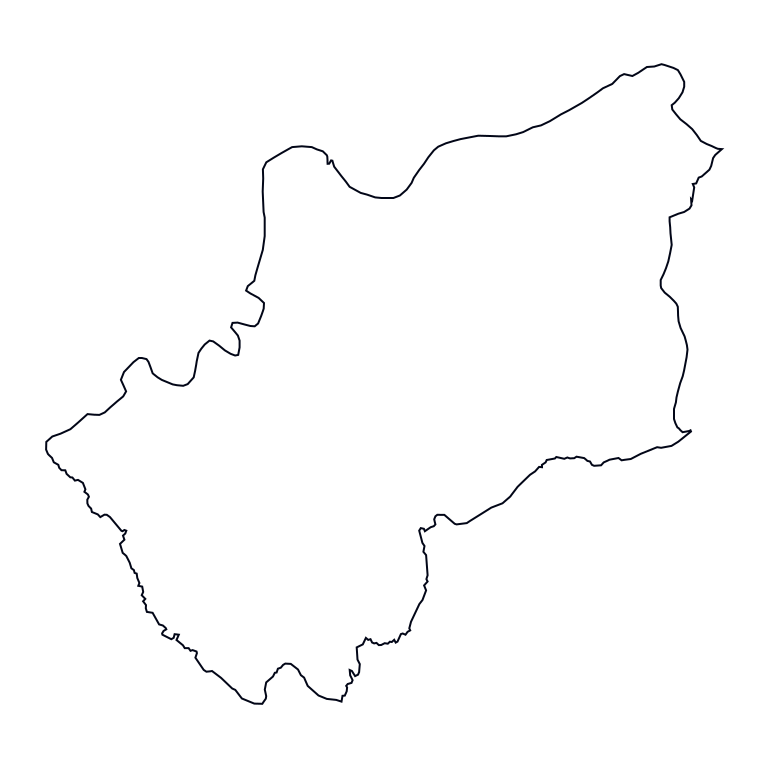 Luozi, Bas-Congo, Democratic Republic of the Congo
{"feature_id": "63176286B40063645047483", "entity_name": "Luozi", "entity_type": "district", "adm_level": 2, "iso_a3": "COD", "parent_name": "Democratic Republic of the Congo", "parent_adm1": "Bas-Congo", "projection": "mercator", "projection_center": [13.9, -4.819], "detail": "fine", "context": "isolated", "style": "outline", "palette": "ink", "viewbox_px": 768, "rotation_deg": 0, "n_neighbors": 0, "source": "geoboundaries", "source_scale": "gbopen_adm2", "svg_char_len": 5602}
<svg xmlns="http://www.w3.org/2000/svg" viewBox="0 0 768 768"><path d="M691.0,431.5L690.5,430.3L689.2,431.0L682.6,432.2L680.4,430.2L678.8,428.3L677.4,427.4L675.4,423.2L674.0,419.0L674.0,414.0L674.0,408.9L675.9,402.4L676.5,397.4L677.9,391.5L680.2,383.1L682.7,376.3L684.1,370.4L686.6,357.2L687.5,349.6L686.9,345.1L685.8,340.7L684.6,336.4L680.6,328.0L678.6,321.3L678.1,315.6L678.0,311.7L677.8,306.7L676.3,303.6L674.0,301.0L669.8,296.8L664.7,292.6L661.2,288.1L660.7,285.6L660.7,280.0L663.5,274.3L666.0,268.2L668.3,261.4L670.0,253.6L671.7,244.9L670.5,233.3L670.2,227.4L669.6,221.3L669.6,217.3L678.4,213.7L684.1,212.0L689.5,208.6L691.5,205.3L691.1,199.2L692.2,200.5L694.2,187.4L692.8,184.0L696.2,183.4L698.7,177.6L701.7,176.5L709.4,169.7L711.2,165.9L713.1,158.1L715.2,155.0L721.9,149.1L717.8,148.8L715.8,148.0L711.6,146.0L706.7,144.0L700.8,140.9L696.8,135.0L692.2,129.1L686.5,124.1L680.3,119.3L676.0,114.2L672.3,109.5L671.7,105.2L674.8,102.7L678.8,98.2L682.5,92.3L684.2,86.7L684.2,81.9L680.5,74.4L677.9,70.1L673.4,67.9L664.6,65.0L661.5,64.2L654.3,66.5L646.9,67.0L642.7,69.8L638.1,72.9L632.4,76.0L624.1,74.1L619.9,76.1L612.3,83.9L602.9,88.3L597.5,92.3L588.7,98.4L581.9,102.9L574.0,107.4L569.1,110.2L560.9,114.4L554.4,118.4L549.8,121.2L541.0,125.4L532.8,127.3L523.1,132.1L516.0,134.3L506.4,136.3L498.1,136.3L489.9,136.0L478.3,135.7L469.4,137.4L460.6,139.1L453.5,141.0L445.9,143.3L438.2,146.7L433.9,150.3L428.3,157.3L424.0,163.8L419.2,170.0L413.8,177.8L411.6,182.9L406.7,189.6L399.9,195.5L393.4,198.0L381.5,198.0L375.2,197.4L367.0,194.6L360.7,192.9L355.6,190.1L349.6,186.8L345.9,181.7L341.4,176.1L334.2,166.7L332.8,162.2L332.4,160.7L331.1,160.4L329.2,163.7L327.6,163.8L327.5,162.0L327.5,160.2L327.4,158.4L327.3,156.6L326.8,155.2L322.8,151.3L316.9,149.4L311.8,147.1L301.8,146.3L292.1,147.1L288.5,149.1L281.6,153.0L274.0,157.5L266.3,162.3L262.9,169.3L263.2,178.5L262.7,191.5L263.6,212.0L264.7,217.6L264.7,236.1L262.8,249.9L257.4,268.2L255.4,275.2L254.3,280.8L247.8,286.1L246.1,290.6L250.3,293.4L258.6,297.9L264.0,303.0L263.7,308.6L262.9,311.1L261.2,315.9L258.1,323.5L254.7,326.3L250.4,326.0L245.0,324.6L237.6,322.6L232.5,322.9L231.1,327.4L235.4,332.5L237.9,335.6L239.6,340.6L239.6,347.4L238.2,354.9L235.1,355.5L230.6,353.8L224.9,350.4L219.2,345.7L213.2,341.4L209.5,340.6L204.7,344.5L201.3,348.7L198.5,352.9L196.7,361.4L196.2,364.7L195.1,370.9L193.7,377.4L187.7,384.1L183.2,385.8L176.9,385.2L172.7,384.4L166.4,381.8L161.8,379.9L157.6,377.3L152.7,373.4L150.5,367.2L148.5,361.9L146.5,359.1L141.9,358.0L138.8,358.0L133.4,362.2L129.4,366.4L124.0,372.0L120.9,379.8L123.5,385.5L126.1,391.4L123.2,396.4L117.0,401.5L110.2,407.4L104.8,412.4L99.4,414.9L94.0,414.7L87.5,414.1L83.5,417.7L77.8,422.8L70.4,429.2L60.5,433.7L52.3,436.5L46.3,441.9L46.1,449.6L47.9,453.9L48.9,455.0L52.0,457.9L53.8,462.3L58.3,464.8L59.2,467.8L61.1,469.8L61.5,470.2L65.3,470.3L66.6,473.9L70.3,477.3L72.4,477.5L74.9,480.6L78.0,479.9L82.9,482.9L85.4,489.3L84.4,491.8L87.8,494.4L88.2,495.1L88.9,496.8L87.3,499.7L87.4,503.4L88.5,505.9L90.6,508.1L91.1,508.5L91.9,512.0L97.8,514.4L100.3,517.1L104.4,514.7L105.0,514.7L106.8,514.8L110.0,517.1L121.4,530.8L122.5,531.2L124.4,530.0L126.3,530.7L125.7,532.3L125.3,533.5L123.0,535.6L124.4,539.7L120.0,543.9L122.7,552.9L124.9,554.7L126.3,556.0L129.7,562.7L131.4,568.3L133.9,570.1L134.6,572.9L136.7,573.6L137.3,578.0L139.4,583.0L138.3,585.8L142.2,586.6L143.2,591.9L142.6,593.3L141.7,595.2L145.3,598.9L143.1,601.3L146.0,605.1L145.8,608.3L146.9,611.9L152.6,612.8L159.1,624.4L162.9,625.5L165.7,628.0L166.3,629.3L163.6,630.9L162.1,633.4L162.4,634.7L171.3,639.2L173.7,637.8L174.6,634.2L176.6,634.4L178.8,634.7L176.5,640.0L183.0,645.3L184.7,648.1L188.6,648.1L190.5,650.8L192.6,650.1L196.5,651.5L196.7,652.1L196.9,653.2L195.4,657.7L203.7,669.9L206.4,671.7L210.4,671.3L212.0,671.0L219.4,676.6L221.1,677.9L232.2,688.5L235.3,689.9L240.8,697.1L241.9,698.5L254.3,703.6L262.3,703.8L263.6,701.8L265.8,698.7L266.2,696.1L264.8,689.6L266.2,682.4L273.0,676.5L274.8,672.8L276.6,672.5L277.9,668.7L280.8,667.7L282.2,666.0L283.1,664.9L285.3,663.6L290.8,663.9L298.0,669.5L300.9,675.2L304.1,677.6L305.6,681.1L307.7,685.9L318.5,695.5L326.8,698.9L336.2,699.9L341.5,701.6L342.5,695.8L344.8,695.6L346.7,691.3L347.1,687.4L346.2,685.9L347.7,684.0L351.5,682.9L352.6,680.2L351.0,676.9L350.2,675.4L349.7,670.0L351.9,671.0L355.1,676.1L358.1,674.6L358.4,673.7L359.1,672.2L359.8,664.1L357.5,659.6L356.7,647.4L362.8,644.4L365.9,637.9L368.2,639.9L370.5,639.2L372.1,642.5L374.1,643.4L376.5,642.9L378.8,645.1L381.2,645.0L384.7,643.2L387.8,643.7L389.9,641.7L391.0,641.9L391.8,642.0L394.2,639.8L395.7,642.6L397.5,641.6L400.9,634.1L402.7,633.5L405.5,634.7L407.6,631.8L410.2,630.4L409.3,628.3L411.0,621.8L419.4,604.0L422.2,600.4L422.5,600.0L426.1,590.4L424.1,585.4L427.6,581.5L427.0,580.3L426.4,579.1L427.6,575.3L426.1,555.1L423.4,551.8L424.5,546.0L422.4,542.9L421.4,539.0L419.2,530.6L420.8,528.1L423.9,528.8L424.9,531.2L430.7,527.2L433.8,526.2L435.4,524.4L434.7,521.6L434.2,519.3L435.4,516.3L437.3,514.8L444.4,514.9L454.7,523.8L456.6,524.4L466.8,523.1L469.6,521.2L482.4,513.2L491.3,507.6L502.5,503.3L510.3,496.5L511.3,495.1L517.7,486.7L530.0,474.8L535.1,471.4L539.1,466.9L540.1,467.0L542.0,467.2L541.9,464.9L545.6,462.4L546.7,460.0L554.9,458.5L556.3,457.0L564.3,458.8L566.6,457.8L567.4,457.5L567.6,457.6L570.0,458.4L574.2,458.2L576.5,456.7L579.9,457.3L584.2,458.1L586.1,459.7L587.4,460.9L590.0,461.5L591.9,464.8L594.1,465.8L601.1,465.3L603.7,462.4L607.7,460.6L609.5,459.7L618.5,458.0L621.6,460.3L624.7,459.8L630.8,459.0L640.8,453.8L657.1,447.2L661.1,447.8L671.5,445.9L674.4,444.1L678.3,441.7L691.0,431.5Z" fill="none" stroke="#020617" stroke-width="2"/></svg>